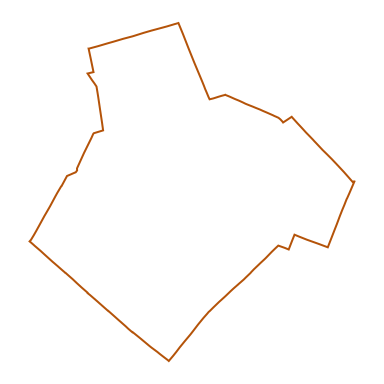 outline of Iecea Mare, Timis, Romania
{"feature_id": "2599482B39316750962631", "entity_name": "Iecea Mare", "entity_type": "district", "adm_level": 2, "iso_a3": "ROU", "parent_name": "Romania", "parent_adm1": "Timis", "projection": "albers", "projection_center": [20.888, 45.853], "detail": "fine", "context": "isolated", "style": "outline", "palette": "amber", "viewbox_px": 384, "rotation_deg": 0, "n_neighbors": 0, "source": "geoboundaries", "source_scale": "gbopen_adm2", "svg_char_len": 2468}
<svg xmlns="http://www.w3.org/2000/svg" viewBox="0 0 384 384"><path d="M346.6,199.2L347.2,198.1L349.3,193.4L350.5,190.6L354.4,181.5L354.1,181.4L353.4,182.8L350.5,179.5L344.0,172.1L339.9,167.7L335.5,163.0L331.6,158.9L330.1,157.4L326.3,153.6L322.6,150.0L319.9,147.1L315.2,142.1L314.6,141.5L312.9,139.6L310.2,136.8L305.9,132.4L303.2,129.4L297.6,123.4L292.0,117.2L291.7,116.8L283.1,122.5L282.3,121.4L281.7,120.8L280.9,119.9L280.2,119.2L279.7,118.8L279.1,118.3L278.3,117.7L277.8,117.5L276.3,116.8L275.1,116.3L274.0,115.8L272.8,115.2L266.9,112.6L262.9,110.9L260.1,109.6L255.8,107.9L252.7,106.6L249.6,105.4L246.1,104.0L245.2,103.6L243.2,102.6L240.6,101.4L238.6,100.5L234.9,99.0L229.8,96.7L228.6,96.2L225.6,95.0L225.3,94.8L225.2,94.9L221.7,95.8L219.0,96.6L214.0,98.2L213.0,98.5L209.6,99.3L208.7,97.4L208.1,96.0L206.7,92.6L205.1,88.9L204.1,86.2L202.2,81.5L194.4,62.9L188.6,48.5L182.9,33.9L178.4,23.0L167.0,26.4L151.4,30.6L143.8,32.8L132.7,36.3L123.2,38.8L113.4,41.7L107.4,43.4L97.9,46.2L89.0,48.6L88.6,48.6L90.6,58.0L93.5,72.1L87.6,73.5L92.0,80.1L94.2,83.1L96.5,86.5L97.5,92.5L98.2,96.9L100.0,109.1L102.1,123.1L103.1,130.4L93.9,133.2L93.7,133.3L93.2,134.0L91.3,138.2L84.0,153.0L77.0,168.4L77.1,170.4L75.8,172.2L67.7,175.7L67.0,176.0L63.4,182.7L61.5,186.2L61.2,186.3L57.4,192.7L55.4,196.3L50.1,206.2L46.7,212.1L44.3,216.2L40.1,223.9L36.2,231.0L33.8,235.2L31.0,239.8L29.6,241.4L31.4,242.9L33.8,245.0L34.3,245.5L40.6,250.9L44.3,254.3L52.6,261.8L54.5,263.4L63.2,271.0L64.5,272.1L65.3,272.9L65.6,272.9L66.0,273.3L68.6,275.6L72.6,279.1L76.8,283.1L81.4,287.3L87.6,292.7L87.5,293.0L88.2,293.6L90.1,295.1L97.8,301.8L99.7,303.5L108.2,311.0L108.3,310.9L114.5,316.4L118.4,319.9L123.3,324.2L125.8,326.4L128.2,328.7L132.4,332.3L132.6,332.1L138.8,337.1L144.1,341.5L148.4,345.1L150.1,346.5L151.5,347.6L156.9,351.6L157.2,351.8L159.6,353.8L162.3,355.9L163.6,356.9L167.8,360.1L168.8,361.0L170.3,359.2L173.1,355.9L176.3,351.9L179.7,347.4L184.6,341.4L190.4,334.5L192.9,331.3L198.1,324.5L203.5,317.9L207.3,313.6L208.7,311.9L209.7,311.1L213.2,307.6L219.2,301.8L225.3,296.3L227.5,294.2L230.6,291.2L233.3,288.7L240.0,282.8L243.8,279.5L245.9,277.4L250.5,273.0L251.4,271.9L252.0,271.3L253.8,269.4L260.8,262.7L264.9,258.9L266.3,257.5L271.7,251.9L275.3,248.4L278.3,245.6L284.8,247.9L288.7,249.5L291.8,241.5L294.5,234.7L299.1,236.6L306.9,239.7L318.4,243.8L327.8,247.3L331.4,238.1L334.5,230.1L336.9,224.0L339.8,216.2L342.2,210.1L344.3,205.1L346.6,199.2Z" fill="none" stroke="#b45309" stroke-width="2"/></svg>